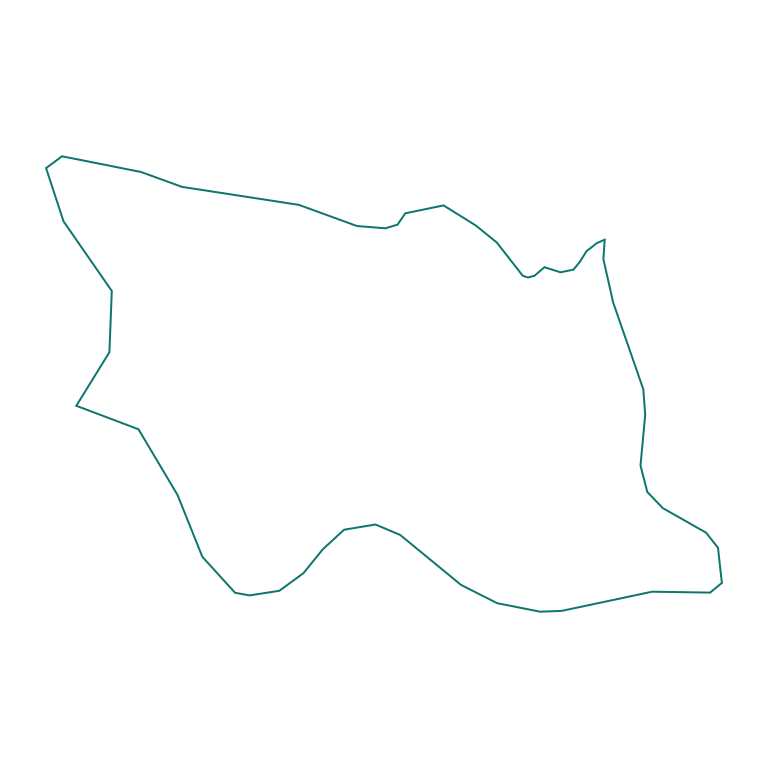 the Municipality of Ormož
{"feature_id": "SVN-1047", "entity_name": "Ormož", "entity_type": "Municipality", "adm_level": 1, "iso_a3": "SVN", "parent_name": "Slovenia", "parent_adm1": "", "projection": "robinson", "projection_center": [16.169, 46.439], "detail": "fine", "context": "isolated", "style": "outline", "palette": "teal", "viewbox_px": 768, "rotation_deg": 0, "n_neighbors": 0, "source": "natural_earth", "source_scale": "10m", "svg_char_len": 795}
<svg xmlns="http://www.w3.org/2000/svg" viewBox="0 0 768 768"><path d="M604.7,239.7L603.4,259.1L613.1,302.3L643.3,389.3L645.2,414.8L640.5,465.6L647.3,492.0L662.8,508.1L706.1,532.7L718.0,547.8L721.0,575.2L721.9,582.9L710.1,592.6L652.1,591.7L561.5,610.9L540.0,611.7L497.2,603.2L461.0,584.9L400.1,534.9L375.4,524.5L344.1,529.7L322.9,549.2L303.4,573.2L279.3,590.8L249.6,595.4L235.1,592.8L202.4,556.9L177.5,494.9L138.5,429.3L76.3,405.8L109.4,352.2L111.8,291.0L63.5,221.3L46.1,168.1L62.0,156.3L141.0,172.0L182.0,186.9L298.9,204.9L356.9,226.0L385.3,228.3L397.5,224.7L405.3,213.3L443.5,205.4L475.8,225.5L496.8,242.5L522.7,275.7L527.9,277.5L534.5,275.8L544.4,267.2L560.5,272.3L573.5,269.6L579.8,261.9L586.5,251.2L596.7,243.2L603.4,240.2L604.7,239.7Z" fill="none" stroke="#0f766e" stroke-width="2"/></svg>